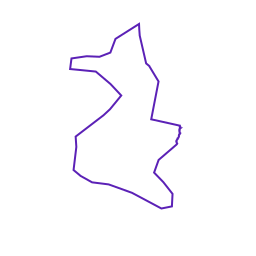 the district of To'vshru'ulex, Arhangay, Mongolia, rotated 325°
{"feature_id": "93677404B19526737982487", "entity_name": "To'vshru'ulex", "entity_type": "district", "adm_level": 2, "iso_a3": "MNG", "parent_name": "Mongolia", "parent_adm1": "Arhangay", "projection": "robinson", "projection_center": [102.181, 47.421], "detail": "fine", "context": "isolated", "style": "outline", "palette": "violet", "viewbox_px": 256, "rotation_deg": 325, "n_neighbors": 0, "source": "geoboundaries", "source_scale": "gbopen_adm2", "svg_char_len": 1604}
<svg xmlns="http://www.w3.org/2000/svg" viewBox="0 0 256 256"><g transform="rotate(325 128 128)"><path d="M114.4,46.5L121.2,52.3L134.0,63.3L138.9,82.0L141.1,97.5L124.0,102.3L115.3,103.5L80.2,105.0L74.8,113.9L59.3,131.2L61.6,139.7L61.6,139.9L67.4,151.9L79.8,163.1L94.1,183.4L109.2,213.1L119.0,217.4L126.7,207.5L125.9,192.8L125.9,192.7L123.8,179.5L134.8,171.7L158.2,169.4L158.9,169.2L159.4,168.9L159.3,168.4L159.4,168.0L159.4,167.8L159.5,167.7L159.7,167.4L159.9,167.4L160.0,167.2L160.0,166.9L160.0,166.7L160.0,166.4L160.3,166.3L160.5,166.2L160.8,166.0L161.1,165.8L161.5,165.8L161.8,165.6L162.0,165.5L162.1,165.4L162.2,165.5L162.3,165.5L162.4,165.1L162.6,164.9L163.0,164.9L163.4,165.0L163.8,164.8L164.0,164.6L164.3,164.5L164.7,164.3L165.0,164.0L165.1,163.7L165.3,163.4L165.5,163.2L165.8,163.1L166.0,162.8L166.3,162.9L166.6,162.8L166.6,162.6L166.7,162.4L166.9,162.3L167.1,162.3L167.3,162.3L167.4,162.1L167.6,162.0L167.8,162.0L167.7,161.6L167.7,161.3L167.7,161.2L167.9,161.0L168.0,161.0L168.1,160.8L168.0,160.7L168.1,160.3L168.3,160.0L168.5,159.8L168.9,159.5L169.1,159.4L169.1,159.1L169.0,158.9L169.4,158.6L169.6,158.5L170.1,158.5L170.3,158.4L170.3,158.1L170.6,158.1L170.9,158.2L171.0,158.2L170.8,158.0L170.8,157.8L171.0,157.6L171.2,157.3L171.2,157.2L171.3,157.1L171.0,156.9L171.0,156.7L171.2,156.4L171.4,156.3L171.4,156.1L171.5,156.0L171.7,155.9L171.8,155.8L171.6,155.6L165.3,148.7L152.0,134.2L179.7,107.4L180.9,89.7L181.0,89.5L179.9,85.5L190.7,58.8L190.8,58.7L193.6,54.0L196.7,49.1L168.9,47.8L156.8,56.1L145.5,53.3L135.3,45.5L121.6,38.6L114.4,46.5Z" fill="none" stroke="#5b21b6" stroke-width="2"/></g></svg>